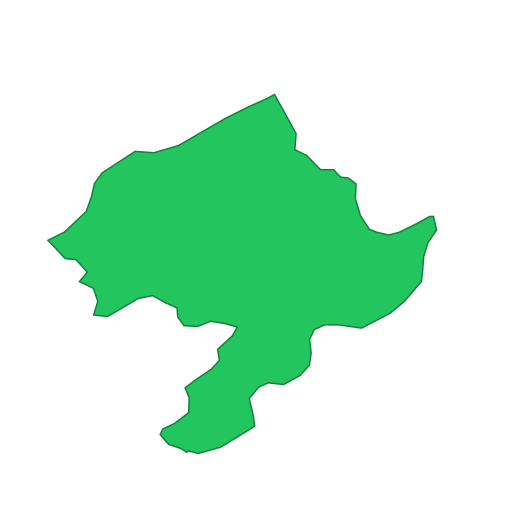 outline of Ronneby, Blekinge, Sweden, rotated 151°
{"feature_id": "70781695B61980194146420", "entity_name": "Ronneby", "entity_type": "district", "adm_level": 2, "iso_a3": "SWE", "parent_name": "Sweden", "parent_adm1": "Blekinge", "projection": "robinson", "projection_center": [15.274, 56.332], "detail": "fine", "context": "isolated", "style": "filled", "palette": "green", "viewbox_px": 512, "rotation_deg": 151, "n_neighbors": 0, "source": "geoboundaries", "source_scale": "gbopen_adm2", "svg_char_len": 1258}
<svg xmlns="http://www.w3.org/2000/svg" viewBox="0 0 512 512"><g transform="rotate(151 256 256)"><path d="M161.5,388.3L169.4,388.4L191.6,390.2L216.6,391.2L270.3,390.2L295.2,395.8L311.0,406.1L350.3,403.3L362.1,397.7L371.3,387.5L383.0,377.2L411.9,369.8L430.4,370.6L428.0,361.7L424.2,346.3L415.2,340.0L411.4,323.7L422.9,319.2L413.9,306.6L416.4,293.0L426.6,283.1L415.1,275.0L379.5,275.9L365.5,271.4L357.8,258.8L350.2,248.9L354.0,240.7L352.7,229.9L341.2,222.7L327.2,220.9L315.8,211.9L306.8,202.9L315.8,197.5L334.8,193.0L338.7,182.3L350.1,178.7L369.2,176.9L381.9,175.1L383.2,164.3L390.8,151.7L408.6,149.0L421.3,149.9L426.4,146.3L423.8,133.7L414.9,123.9L411.7,117.8L409.8,118.5L402.2,111.3L379.3,105.9L339.9,107.7L338.6,110.7L336.1,116.7L333.5,125.7L331.0,134.6L317.0,140.0L306.8,139.1L294.1,130.2L275.0,130.2L262.3,134.6L254.7,144.5L249.6,157.1L240.7,163.4L229.2,162.5L216.5,155.3L198.7,141.8L165.7,140.9L147.8,144.5L123.7,153.5L117.3,162.5L109.6,174.2L99.4,184.1L85.4,191.2L81.6,204.6L84.9,206.4L99.5,206.4L119.7,207.4L129.9,210.1L138.8,218.2L143.9,224.5L145.1,240.7L141.3,257.9L133.6,270.5L137.4,279.5L143.8,284.0L146.3,293.9L157.8,300.3L162.9,319.2L170.5,330.1L161.6,343.6L161.5,366.2L161.5,388.3Z" fill="#22c55e" stroke="#15803d" stroke-width="1.5"/></g></svg>